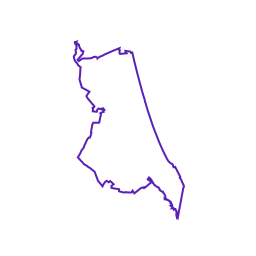 the district of Tonalá, Chiapas, Mexico, rotated 219°
{"feature_id": "50627088B19211860628202", "entity_name": "Tonalá", "entity_type": "district", "adm_level": 2, "iso_a3": "MEX", "parent_name": "Mexico", "parent_adm1": "Chiapas", "projection": "mercator", "projection_center": [-93.916, 15.982], "detail": "fine", "context": "isolated", "style": "outline", "palette": "violet", "viewbox_px": 256, "rotation_deg": 219, "n_neighbors": 0, "source": "geoboundaries", "source_scale": "gbopen_adm2", "svg_char_len": 4866}
<svg xmlns="http://www.w3.org/2000/svg" viewBox="0 0 256 256"><g transform="rotate(219 128 128)"><path d="M148.5,73.6L139.1,72.2L135.9,72.8L135.3,72.6L132.4,73.0L126.4,73.0L118.1,68.1L111.1,66.7L111.7,69.5L111.8,72.1L111.3,73.5L108.8,73.7L108.5,75.6L103.8,75.3L103.9,74.7L104.4,72.7L103.2,71.1L101.8,71.7L96.4,74.8L95.1,73.2L94.1,73.6L90.4,75.4L90.3,75.5L89.8,76.0L89.5,76.7L88.0,77.5L84.7,80.1L84.7,80.5L85.0,82.2L82.0,81.2L80.0,89.9L78.9,91.0L77.9,91.3L78.2,92.3L77.2,92.6L75.9,99.9L76.5,101.0L76.9,101.2L77.2,100.9L77.5,101.1L77.5,100.8L78.3,100.8L78.8,100.6L79.0,100.7L79.5,100.4L79.6,100.5L80.4,100.6L80.5,102.7L80.0,102.6L79.5,102.8L79.1,102.8L78.2,102.5L77.4,102.5L76.4,102.0L75.9,101.9L75.6,101.6L74.9,101.3L74.7,101.1L74.5,101.3L74.4,101.3L74.1,101.1L74.0,100.9L73.8,100.9L73.7,101.1L72.8,100.7L71.8,100.4L70.9,100.5L70.8,100.3L70.6,100.3L69.9,100.4L69.2,100.5L68.1,100.5L67.7,100.6L67.4,100.9L67.2,100.9L66.9,101.0L66.2,100.9L65.4,100.4L65.1,100.4L65.1,100.2L64.7,100.0L64.5,99.9L64.4,99.8L64.3,99.7L63.7,99.8L63.3,99.7L62.5,99.9L62.0,99.8L61.8,99.9L61.2,100.2L61.1,100.3L60.9,100.5L60.4,100.2L60.0,100.1L59.8,99.8L59.2,99.8L58.4,99.6L57.9,99.3L57.3,99.1L55.9,98.5L55.7,98.2L55.4,97.6L55.2,97.4L55.1,97.2L54.9,97.1L54.7,96.8L54.9,96.3L54.9,96.1L55.0,96.1L54.9,96.0L54.8,96.4L54.5,96.7L54.4,96.6L54.3,96.2L54.2,96.2L54.3,96.6L54.3,96.8L54.1,96.9L53.9,96.9L53.4,97.0L53.1,97.0L52.7,96.9L52.3,96.8L52.2,97.0L51.8,97.1L51.5,97.2L51.4,97.2L51.5,97.1L51.4,97.1L51.2,97.3L50.9,97.2L50.4,97.4L50.2,97.2L49.9,97.3L49.9,97.1L49.8,97.3L49.4,97.2L49.2,97.1L48.7,97.0L48.3,97.2L48.1,97.1L48.1,96.9L47.9,96.7L48.0,96.6L47.8,96.7L48.0,96.8L47.7,97.1L47.4,96.7L47.2,96.7L47.2,96.4L47.0,96.5L46.8,96.5L46.6,96.4L46.2,96.2L46.4,96.0L46.3,95.9L46.1,96.1L45.8,96.0L45.5,96.0L45.2,95.9L45.1,95.6L45.3,95.5L45.4,95.3L45.2,95.4L45.3,95.5L45.2,95.5L45.0,95.4L45.0,95.2L45.0,95.3L44.9,95.3L44.8,95.1L45.0,94.9L44.9,94.8L44.8,95.2L44.6,95.0L44.4,94.9L44.5,94.8L44.5,94.7L44.9,94.4L44.7,94.4L44.7,94.6L44.4,94.6L44.2,94.8L43.9,94.7L43.5,94.5L43.6,94.3L43.5,94.2L43.7,93.6L43.7,94.0L43.4,93.9L43.3,94.2L43.4,94.3L43.0,94.3L42.8,94.2L42.9,93.8L42.6,94.1L42.0,94.2L42.0,93.9L41.9,93.7L42.0,93.6L41.9,93.5L42.0,93.8L41.8,93.7L41.9,94.0L41.6,94.1L41.2,94.5L40.8,94.6L40.6,94.7L40.5,94.3L40.4,94.4L40.1,94.3L40.0,94.5L39.3,94.5L38.9,94.3L38.8,94.2L38.6,94.1L38.5,93.8L38.1,93.8L37.8,93.8L37.6,93.3L37.1,93.1L36.5,93.0L36.3,92.8L36.2,92.8L36.2,92.7L36.3,92.4L36.2,92.4L36.2,92.2L36.0,91.9L36.0,91.5L36.1,91.4L35.8,91.1L35.6,91.0L35.2,90.2L34.9,90.2L34.4,89.8L33.8,89.5L33.7,89.4L33.7,89.5L33.5,89.4L33.2,89.4L32.7,89.3L47.3,116.2L47.3,117.0L47.8,117.4L48.1,118.2L48.6,118.4L49.5,118.9L50.8,119.6L51.6,119.8L52.9,120.5L53.4,121.0L54.0,121.1L54.4,121.4L55.6,121.6L55.9,121.9L56.6,122.0L56.6,122.9L65.8,127.0L66.2,127.2L66.9,127.5L67.2,127.1L67.4,126.4L67.6,126.3L67.9,126.2L69.3,127.0L69.6,127.4L70.6,127.9L71.6,127.7L72.2,127.5L72.6,127.5L74.4,127.5L75.3,127.6L76.5,127.9L78.8,128.8L86.3,132.2L94.5,136.4L109.1,144.7L121.8,152.8L127.5,156.6L130.4,158.7L130.8,158.8L131.8,159.5L132.2,160.0L138.4,164.2L143.2,167.6L154.3,175.7L164.8,183.6L172.1,189.3L172.8,188.3L174.2,188.9L178.6,186.3L178.1,185.8L176.1,185.2L180.9,180.5L181.2,180.6L181.4,181.0L182.2,181.3L182.5,181.9L182.9,182.2L183.0,182.8L183.4,183.4L183.7,183.4L184.2,183.2L184.5,183.3L184.9,184.6L188.0,179.0L192.6,170.1L193.2,168.3L194.0,167.1L195.4,164.1L195.5,163.0L195.8,163.3L196.0,163.3L198.0,163.0L199.3,161.7L200.3,159.4L201.5,158.1L204.2,155.7L205.1,155.1L207.2,153.1L207.4,152.9L208.0,150.0L208.4,149.0L210.1,149.3L209.9,156.9L209.9,157.1L210.9,159.5L212.4,159.1L212.7,158.7L213.2,159.1L213.7,159.1L214.1,159.5L214.3,159.5L214.8,159.5L216.1,160.1L216.4,160.3L216.6,160.4L217.7,161.0L218.5,161.8L219.3,161.9L219.9,161.7L220.8,161.8L221.3,161.8L221.9,161.9L222.1,162.2L222.3,162.8L223.0,161.7L223.3,161.4L223.0,161.2L223.0,160.8L222.9,160.7L222.0,160.4L221.4,159.9L220.8,160.1L220.4,160.4L220.2,160.4L219.7,159.7L219.3,158.7L218.9,158.4L218.4,157.7L218.0,157.5L217.8,157.1L218.0,156.2L218.0,155.9L217.5,155.3L217.2,155.1L216.9,154.8L216.6,154.4L216.5,154.2L216.2,154.0L215.9,153.9L215.6,153.6L215.3,153.0L215.3,152.5L215.2,152.3L215.3,151.2L215.3,150.0L215.1,149.5L213.4,148.0L211.5,146.8L208.2,146.2L207.2,145.8L206.6,145.5L203.0,145.4L202.4,144.2L199.0,139.6L197.0,136.4L196.5,135.8L196.3,135.2L190.1,131.0L189.5,130.4L180.8,131.9L180.5,127.0L180.1,126.4L178.3,125.8L175.3,125.1L167.7,123.7L167.5,123.0L168.2,121.3L167.1,120.8L165.9,118.8L162.5,120.9L163.4,123.0L163.2,124.5L160.0,126.0L160.7,126.5L160.5,126.8L159.6,127.7L157.7,127.1L158.5,126.1L157.1,125.2L158.0,124.0L158.7,122.3L158.1,122.4L153.8,114.2L154.3,113.5L158.4,110.2L157.6,107.6L154.1,101.4L153.5,101.4L152.1,98.4L151.6,96.5L152.4,96.0L152.6,93.9L150.9,87.0L150.0,84.7L150.1,81.7L149.1,78.1L148.5,73.6Z" fill="none" stroke="#5b21b6" stroke-width="2"/></g></svg>